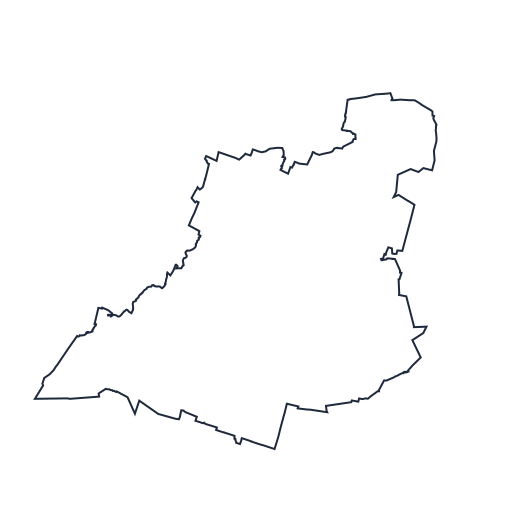 outline of Irapuato, Guanajuato, Mexico, rotated 193°
{"feature_id": "50627088B47484425878670", "entity_name": "Irapuato", "entity_type": "district", "adm_level": 2, "iso_a3": "MEX", "parent_name": "Mexico", "parent_adm1": "Guanajuato", "projection": "natural_earth1", "projection_center": [-101.373, 20.675], "detail": "fine", "context": "isolated", "style": "outline", "palette": "slate", "viewbox_px": 512, "rotation_deg": 193, "n_neighbors": 0, "source": "geoboundaries", "source_scale": "gbopen_adm2", "svg_char_len": 6024}
<svg xmlns="http://www.w3.org/2000/svg" viewBox="0 0 512 512"><g transform="rotate(193 256 256)"><path d="M283.1,359.1L283.4,355.4L283.9,352.7L288.8,353.1L289.3,353.3L290.3,351.5L294.1,346.1L298.5,347.0L315.8,348.8L315.8,339.8L327.0,342.2L327.6,339.3L326.6,338.3L325.7,338.0L325.4,337.7L325.3,336.8L323.9,335.6L323.8,335.3L322.5,335.1L322.7,321.9L322.9,319.6L323.0,319.5L322.7,319.2L323.0,317.7L323.2,312.4L323.4,311.0L325.1,308.7L325.7,308.1L328.4,309.9L329.0,306.9L329.5,306.2L331.8,297.9L327.3,294.5L326.1,295.9L324.0,295.4L325.7,284.1L327.0,278.4L328.3,270.7L316.8,267.5L316.8,263.9L314.7,263.3L314.7,262.3L314.9,261.7L315.7,261.4L316.0,261.1L316.0,260.9L315.6,260.2L315.4,259.2L315.5,258.9L316.3,258.2L316.8,257.4L316.5,256.1L317.4,254.2L317.3,253.7L316.8,253.2L317.1,251.0L317.4,250.4L319.0,248.4L320.9,247.0L321.3,246.6L321.7,246.3L324.2,245.9L324.5,245.7L324.6,245.0L325.1,244.7L325.4,244.3L325.5,243.3L324.5,241.8L323.5,240.7L323.4,240.0L323.6,239.3L324.3,238.4L325.7,237.7L326.1,236.3L326.2,234.8L325.8,233.7L325.2,232.9L324.9,231.4L324.4,230.9L324.7,230.2L325.4,229.6L326.0,227.2L328.1,226.8L330.7,226.0L330.1,228.4L331.4,229.4L331.9,229.6L332.3,229.4L333.2,223.5L334.0,220.8L335.1,217.8L338.6,219.9L338.7,218.9L338.1,215.4L338.3,212.4L338.1,211.3L338.4,208.5L337.8,208.3L338.6,205.8L340.2,203.5L340.7,203.5L341.4,204.0L342.2,204.2L342.5,204.5L343.3,204.6L344.6,204.4L345.6,203.9L346.7,203.8L347.6,204.0L348.2,203.8L348.4,203.9L349.1,204.6L349.4,204.6L350.6,204.2L351.1,202.7L353.8,201.7L355.0,200.7L355.3,199.3L356.5,198.3L357.5,196.9L358.3,194.7L359.0,193.7L359.1,193.9L360.5,191.8L361.2,190.4L361.2,189.2L363.2,186.6L362.8,185.9L362.8,185.6L363.3,184.9L365.3,183.6L365.4,183.1L365.3,181.5L364.0,177.8L363.9,177.3L364.1,176.8L363.7,175.8L364.6,172.2L367.2,173.1L369.2,174.5L370.0,174.6L370.5,174.2L371.7,172.4L372.1,172.3L374.3,167.9L375.0,166.9L375.7,166.3L376.8,166.0L378.7,166.7L381.2,166.8L381.8,166.5L383.0,165.2L383.0,165.6L383.8,164.8L384.8,165.1L386.8,164.8L386.9,165.4L385.3,165.8L384.8,165.7L383.7,166.3L383.2,166.4L383.4,167.8L388.0,170.0L394.2,171.1L394.2,170.1L397.9,170.0L398.0,153.4L396.5,153.5L396.5,152.2L397.4,150.9L397.7,150.0L398.2,148.8L398.0,148.6L398.1,148.2L398.4,147.4L398.8,147.0L398.8,146.2L398.3,145.9L398.3,145.7L400.5,144.3L402.2,143.5L402.1,144.0L402.3,144.2L403.3,144.0L404.2,143.2L404.1,142.3L404.2,141.6L404.5,141.3L406.1,140.0L407.9,139.5L408.7,139.0L409.8,139.2L410.6,137.7L411.6,137.4L412.3,137.8L417.6,124.8L425.3,104.8L426.2,103.1L427.4,99.5L430.3,94.5L434.9,89.5L435.4,83.5L434.3,82.0L439.3,67.1L408.0,74.8L405.1,75.0L377.2,83.7L378.4,86.6L372.5,92.8L372.1,92.6L368.6,93.1L367.6,92.6L366.0,92.9L365.1,92.3L363.9,92.7L361.6,92.0L361.2,92.7L349.4,89.5L338.5,75.1L337.2,88.8L315.7,80.1L297.9,79.3L294.3,79.6L294.0,82.3L294.1,88.9L291.8,89.1L291.6,88.8L289.6,88.0L277.5,86.0L277.9,81.8L273.4,81.5L271.4,81.2L269.7,81.2L269.1,81.9L267.5,81.0L255.5,80.1L255.7,77.5L248.0,76.8L247.8,77.0L247.5,77.0L246.9,76.8L245.9,76.7L242.6,76.5L236.4,75.9L236.4,75.5L235.9,73.1L234.9,73.1L234.6,71.8L233.2,69.9L233.2,69.5L229.3,69.2L228.8,73.3L229.0,74.1L228.9,75.3L219.0,74.4L219.0,74.2L209.5,73.3L206.1,73.2L194.5,72.1L193.6,84.5L193.4,96.1L192.9,108.4L192.8,108.6L192.7,119.0L180.9,118.9L181.1,116.9L171.8,117.9L168.3,118.5L151.5,119.8L152.3,120.8L154.1,125.7L130.3,135.0L130.1,136.8L123.6,137.1L123.5,140.4L120.4,140.5L119.2,140.9L117.3,141.9L114.9,142.1L112.4,145.4L107.0,151.6L105.7,151.9L106.1,152.8L103.2,163.6L101.0,163.9L100.3,164.4L94.7,168.5L93.4,169.8L90.8,171.6L90.2,172.3L86.3,175.4L85.9,175.2L85.8,175.5L85.6,175.6L85.6,175.9L85.3,176.0L85.2,176.1L85.4,176.2L85.7,176.1L85.6,176.4L85.0,176.7L84.3,176.7L84.1,176.2L83.2,176.5L82.8,177.2L81.4,177.1L81.4,176.9L81.4,177.6L82.6,177.6L82.0,178.7L78.9,184.5L72.7,194.2L84.7,209.2L75.7,218.5L74.0,225.5L86.1,222.2L86.2,222.9L100.5,250.5L107.9,250.2L108.0,251.6L111.8,265.3L111.0,265.6L110.4,272.3L111.9,272.7L112.0,272.6L112.5,274.4L119.9,284.3L121.9,283.9L121.9,284.1L127.4,283.3L127.4,282.9L128.5,282.1L128.5,281.9L132.8,280.1L133.5,281.3L131.6,282.1L131.3,286.8L129.9,286.4L129.9,289.0L129.0,294.2L125.3,294.0L123.8,289.1L122.4,289.0L119.6,289.7L119.5,293.2L114.6,293.9L113.5,325.4L113.1,341.5L119.3,343.7L119.7,343.8L119.8,343.7L130.9,347.6L135.1,344.4L133.8,349.8L136.1,367.0L124.9,375.5L116.6,374.4L112.7,379.3L103.7,379.1L103.5,389.4L106.3,398.5L106.0,408.1L106.6,411.4L108.3,416.8L108.7,417.6L109.3,419.3L109.3,420.7L110.0,424.2L109.7,424.4L109.8,424.7L113.3,428.6L114.2,430.0L114.0,432.5L115.6,432.5L116.6,436.5L118.2,437.3L127.5,440.2L132.0,442.0L136.3,443.4L139.6,442.8L142.0,442.2L150.3,440.9L155.7,439.1L159.0,438.3L159.0,438.9L158.5,440.1L161.7,444.9L162.5,444.5L167.1,443.0L176.1,440.3L184.2,435.9L192.8,432.5L199.8,430.0L200.1,429.4L201.9,428.9L200.8,416.9L200.7,416.9L200.6,415.4L200.8,415.4L200.9,413.5L200.7,412.2L200.5,412.3L199.9,411.7L199.7,410.5L199.7,406.6L200.3,405.9L200.4,405.4L200.5,403.4L200.4,403.4L200.3,401.7L200.9,399.8L201.0,399.2L200.9,398.5L200.1,398.1L195.5,398.6L195.4,398.3L193.5,398.7L191.9,398.8L190.3,397.7L188.6,397.3L188.6,396.9L188.2,397.1L186.5,396.8L185.8,393.8L185.6,393.7L185.3,392.4L186.7,392.1L187.2,391.8L187.7,389.6L187.5,388.9L195.5,382.3L196.3,380.0L197.7,380.1L198.2,379.9L200.6,379.5L200.7,379.8L201.3,379.7L202.3,379.2L203.9,378.3L204.7,375.8L205.8,374.5L207.4,373.5L212.6,371.1L217.2,368.7L221.3,369.3L223.3,370.1L224.1,370.0L224.3,367.0L226.7,356.7L235.0,355.7L235.5,356.0L239.4,356.5L239.7,353.8L239.9,353.9L240.8,350.2L242.5,350.4L242.7,348.1L243.3,343.4L251.5,345.4L251.2,346.6L250.9,346.9L250.5,347.6L251.7,349.3L251.6,349.6L251.1,349.8L250.6,349.7L250.5,350.1L250.7,350.5L250.7,351.7L250.3,353.8L249.9,354.7L250.0,355.6L250.3,356.1L250.2,356.4L249.5,356.6L249.3,357.2L249.5,358.0L250.3,358.7L251.2,358.8L251.9,358.4L252.4,358.4L252.0,360.1L251.7,360.6L252.1,362.2L252.7,364.3L254.7,367.1L259.3,366.3L266.8,363.6L270.3,360.0L272.4,359.1L272.8,358.7L273.2,358.6L274.3,358.4L277.4,358.5L281.2,359.0L283.1,359.1Z" fill="none" stroke="#1e293b" stroke-width="2"/></g></svg>